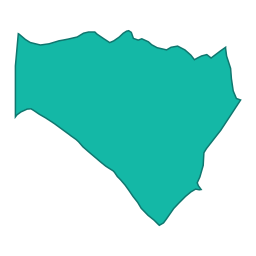 outline of Nanee, River Gee, Liberia
{"feature_id": "62588387B68127744098501", "entity_name": "Nanee", "entity_type": "district", "adm_level": 2, "iso_a3": "LBR", "parent_name": "Liberia", "parent_adm1": "River Gee", "projection": "natural_earth1", "projection_center": [-8.141, 5.155], "detail": "fine", "context": "isolated", "style": "filled", "palette": "teal", "viewbox_px": 256, "rotation_deg": 0, "n_neighbors": 0, "source": "geoboundaries", "source_scale": "gbopen_adm2", "svg_char_len": 1389}
<svg xmlns="http://www.w3.org/2000/svg" viewBox="0 0 256 256"><path d="M15.4,116.9L17.0,114.8L21.0,111.9L27.1,109.1L31.0,108.8L33.8,110.5L39.2,114.2L45.8,118.0L54.5,123.7L59.4,127.3L67.7,133.4L68.3,133.8L71.0,135.9L76.1,139.5L77.3,140.6L78.6,141.8L82.9,146.8L88.5,151.7L100.4,161.8L102.2,163.3L105.8,166.2L108.6,168.0L110.2,169.0L113.2,170.9L114.5,172.3L117.3,176.5L120.5,179.7L125.2,185.2L129.0,190.5L133.0,196.4L137.7,202.4L141.2,208.3L148.1,215.4L149.9,216.8L154.0,220.1L158.0,224.1L159.3,225.3L163.5,222.9L166.2,219.3L173.7,208.5L179.1,202.8L184.2,197.7L185.5,196.4L187.3,194.9L190.9,191.9L195.6,189.1L199.3,189.8L201.1,189.5L198.4,185.8L197.2,182.8L199.9,176.9L203.2,165.4L203.9,152.7L206.5,148.5L216.4,135.8L220.9,130.1L221.5,129.1L232.3,112.7L232.5,112.4L240.6,100.0L236.4,98.5L233.2,90.9L231.4,78.6L230.6,68.4L226.6,56.1L225.6,48.5L225.6,47.3L220.6,50.8L211.1,58.0L206.8,54.6L201.7,55.9L197.5,58.0L194.4,59.7L191.2,55.6L190.7,55.0L184.9,49.9L177.6,46.1L171.0,47.3L166.6,49.9L157.1,47.7L151.6,44.7L148.4,41.8L141.8,38.8L138.2,40.1L133.4,38.4L131.3,32.4L130.2,31.7L128.7,30.7L126.5,31.2L123.2,33.3L119.2,37.1L113.7,40.9L109.7,42.6L103.9,38.8L97.7,34.6L97.0,34.1L94.8,32.0L88.6,32.0L83.5,33.2L77.2,37.0L68.1,39.1L63.0,40.1L59.0,40.8L49.1,43.8L40.4,45.0L30.2,42.5L25.4,39.5L18.9,34.0L18.3,33.7L16.2,57.1L15.4,65.9L15.4,116.9Z" fill="#14b8a6" stroke="#0f766e" stroke-width="1.5"/></svg>